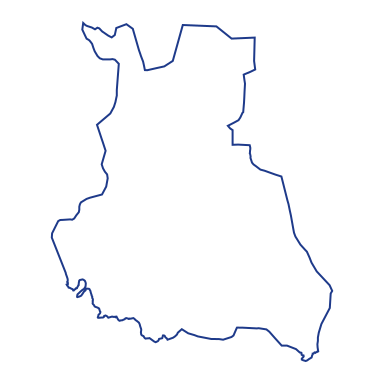 Bukkuyum, Zamfara, Nigeria (Natural Earth projection)
{"feature_id": "59680162B43558777101724", "entity_name": "Bukkuyum", "entity_type": "district", "adm_level": 2, "iso_a3": "NGA", "parent_name": "Nigeria", "parent_adm1": "Zamfara", "projection": "natural_earth1", "projection_center": [5.481, 11.985], "detail": "fine", "context": "isolated", "style": "outline", "palette": "blue", "viewbox_px": 384, "rotation_deg": 0, "n_neighbors": 0, "source": "geoboundaries", "source_scale": "gbopen_adm2", "svg_char_len": 5495}
<svg xmlns="http://www.w3.org/2000/svg" viewBox="0 0 384 384"><path d="M254.7,37.6L231.6,38.6L216.4,26.4L182.8,25.0L172.8,60.9L164.3,66.4L157.0,68.0L147.3,70.2L144.9,70.1L144.7,69.2L144.0,65.7L143.1,61.6L141.9,58.5L140.8,55.6L140.4,54.3L138.9,50.0L132.8,28.8L126.4,24.2L116.3,28.0L114.8,35.0L111.7,37.4L109.9,36.5L108.2,35.6L102.1,31.4L99.3,28.4L97.4,27.7L95.0,29.3L91.8,27.5L87.1,26.0L85.4,25.1L83.2,23.0L82.3,29.6L85.1,35.6L86.6,38.7L87.9,39.4L89.3,40.3L90.7,42.0L92.1,43.9L93.4,47.9L94.7,51.3L97.5,56.0L99.8,58.3L102.8,59.4L106.7,59.4L110.1,59.4L112.5,59.1L114.9,59.7L118.8,63.8L116.8,90.1L116.8,92.5L116.8,95.6L116.2,98.3L115.9,99.8L115.4,102.2L115.2,102.8L113.9,106.9L110.3,113.5L97.0,124.8L101.7,139.0L102.8,142.2L105.6,150.8L101.7,164.3L103.0,168.3L104.9,171.7L107.1,174.4L107.7,178.3L106.2,186.6L102.0,194.5L90.0,197.7L86.6,198.9L80.9,202.4L79.9,204.3L79.3,206.7L79.3,209.8L78.8,212.2L76.3,215.3L74.2,218.5L72.2,219.7L70.1,219.4L62.6,219.9L60.2,220.0L58.2,221.1L52.1,233.3L51.8,237.6L65.7,272.8L65.9,273.9L66.4,275.3L66.8,276.4L67.5,278.5L67.7,279.5L67.7,281.0L67.5,281.6L67.2,281.9L67.3,282.3L67.5,282.2L67.8,282.5L67.7,283.1L67.9,283.5L67.9,284.1L67.4,284.4L66.7,284.6L67.2,285.6L67.8,286.1L68.3,286.8L68.5,287.5L69.1,287.8L69.7,287.8L70.5,288.2L71.5,288.8L72.2,289.0L72.7,289.3L73.0,290.0L73.3,290.5L73.9,290.4L74.5,289.5L75.3,289.2L75.8,288.3L76.7,288.3L77.0,288.1L77.0,287.7L77.6,286.8L77.9,286.2L78.1,285.9L78.3,285.3L78.6,285.2L78.7,284.5L78.8,282.9L79.2,280.9L79.2,280.7L79.7,280.1L80.3,279.9L81.4,279.7L82.3,279.4L83.4,279.7L84.8,280.7L85.5,282.2L85.8,283.4L85.7,284.8L85.5,286.6L85.2,287.0L84.7,287.9L83.8,289.1L82.5,289.8L81.9,290.4L80.9,291.2L79.9,292.1L78.9,293.1L78.2,293.7L77.5,294.4L77.4,294.7L77.3,295.3L77.1,296.4L77.1,296.9L77.5,297.1L77.9,296.9L78.6,296.8L79.5,296.5L80.6,296.0L81.4,295.5L82.1,294.3L82.6,293.8L83.1,292.9L83.7,292.1L84.1,291.4L84.6,291.0L85.2,290.7L85.4,290.5L85.6,290.2L85.6,289.7L86.1,288.8L86.5,288.6L87.7,288.7L88.9,288.8L89.5,289.2L89.9,290.1L90.4,290.9L90.7,292.3L91.1,293.6L91.6,295.0L91.6,295.6L92.2,296.5L92.2,297.9L92.7,298.7L92.9,299.5L92.9,300.3L92.6,301.0L92.8,301.6L92.8,302.2L92.6,303.3L92.9,304.0L93.7,304.8L94.2,305.5L94.6,306.4L95.3,306.8L97.3,307.5L97.5,307.6L97.8,307.7L98.2,308.0L98.4,308.2L98.7,308.2L98.8,308.3L99.0,308.5L99.2,308.8L99.3,309.1L99.3,309.3L99.4,309.6L99.6,310.1L99.8,310.9L100.0,311.4L100.3,311.7L100.4,312.0L100.1,313.1L100.0,313.3L99.4,314.0L99.2,314.2L98.9,314.4L98.7,314.6L98.4,315.0L98.4,315.4L98.3,315.9L98.1,316.5L97.9,316.9L97.9,317.0L97.8,317.5L98.1,317.8L98.8,317.8L99.2,317.8L100.0,317.7L102.1,317.5L102.7,317.5L103.0,317.5L103.6,317.1L103.8,317.0L103.8,316.9L104.0,316.6L104.0,316.3L104.2,315.9L104.4,315.8L104.7,315.8L104.9,315.8L105.2,315.7L105.6,315.5L105.8,315.6L106.0,315.8L106.4,315.9L107.2,316.4L108.3,317.7L112.0,316.6L112.3,316.6L112.5,316.7L112.8,316.8L113.2,316.9L113.5,316.8L114.1,316.9L114.3,316.9L114.6,316.8L114.8,316.8L115.0,316.8L115.1,317.0L115.4,317.2L115.5,317.1L116.0,316.6L116.3,316.6L116.5,316.6L117.1,317.8L117.4,318.3L118.2,319.7L119.2,320.6L119.5,320.7L119.7,320.8L120.0,320.7L120.3,320.5L120.7,320.4L121.4,320.3L121.8,320.3L122.1,320.3L122.7,320.1L123.6,319.6L124.6,319.3L124.9,318.9L125.3,318.6L125.5,318.3L125.9,318.3L126.1,318.2L126.4,318.1L126.6,318.1L126.8,318.2L127.0,318.3L127.7,318.5L128.0,318.6L128.4,318.7L128.6,318.7L128.7,318.9L128.8,319.0L129.0,319.0L129.2,318.8L129.4,318.6L130.6,318.7L131.9,318.4L133.4,318.1L134.5,318.9L135.5,320.0L136.8,320.9L138.9,322.6L139.7,324.3L140.2,326.3L141.2,329.2L141.2,330.4L140.9,332.1L141.2,334.4L141.7,335.2L142.4,335.6L143.5,336.1L144.2,337.3L144.7,338.0L145.5,338.6L146.9,338.4L148.6,338.3L149.5,338.1L154.3,341.6L155.7,342.2L156.9,341.6L157.8,341.2L158.4,340.5L158.5,340.4L158.9,339.4L159.1,338.9L160.5,338.6L162.2,338.2L162.3,338.1L162.8,336.0L162.9,335.5L163.9,335.4L164.8,336.0L165.4,337.3L166.9,338.5L167.5,339.7L173.1,337.7L175.0,336.4L176.9,334.6L177.6,333.2L177.8,332.7L181.8,329.2L188.2,333.3L194.4,335.1L197.8,336.4L211.3,339.0L213.9,339.0L219.2,339.1L223.1,339.7L231.5,337.0L233.5,335.5L236.7,328.1L237.0,327.6L243.1,327.7L256.8,328.4L258.7,328.2L266.4,329.4L269.3,331.7L275.2,338.4L281.7,345.6L287.0,345.6L296.0,349.1L299.8,352.5L300.8,352.5L301.5,353.0L301.6,354.7L302.3,355.3L303.5,355.4L303.7,356.3L303.3,357.1L301.8,358.6L301.8,359.6L303.0,360.2L305.7,361.0L307.2,360.4L309.1,359.0L311.6,357.5L312.1,355.5L312.7,354.3L312.7,353.6L313.6,353.5L314.3,352.6L314.7,352.4L315.1,352.6L315.4,352.8L315.7,352.5L316.0,352.3L316.3,352.1L316.7,352.1L317.0,351.8L317.3,351.5L317.6,351.7L318.2,351.4L317.6,347.4L317.4,344.2L317.9,340.9L317.9,337.5L318.8,332.6L321.4,324.0L329.8,308.0L330.7,293.5L332.2,290.9L329.6,285.2L316.7,271.4L311.5,262.6L309.6,257.7L306.9,251.7L305.0,249.7L300.4,244.6L295.4,236.5L294.0,232.7L293.0,227.3L290.9,215.5L289.8,210.5L288.5,204.1L287.4,200.3L283.7,185.6L283.6,185.2L281.4,176.5L275.4,174.6L264.5,170.7L260.4,169.6L256.1,166.3L253.6,164.5L253.4,164.3L252.0,162.6L250.9,159.2L250.8,158.9L250.5,158.1L250.5,157.4L250.6,156.5L250.5,156.0L250.4,155.2L250.2,154.5L250.1,153.9L249.8,153.4L249.9,152.7L250.0,152.0L250.0,151.0L250.2,149.8L250.3,148.9L250.3,147.8L250.0,146.3L249.7,145.2L238.2,144.6L232.6,144.8L232.6,137.8L232.6,130.1L230.1,128.4L227.9,125.8L234.1,122.6L238.5,120.2L240.3,117.5L242.5,112.8L243.2,112.2L244.0,102.9L244.3,97.3L244.6,90.6L245.0,83.7L244.4,79.8L243.7,74.6L250.2,71.9L255.2,69.5L254.1,61.0L254.3,53.5L254.7,37.6Z" fill="none" stroke="#1e3a8a" stroke-width="2"/></svg>